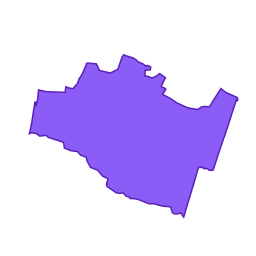 outline of Svitenes pag., Rundales, Latvia, rotated 287°
{"feature_id": "27541924B70987770554483", "entity_name": "Svitenes pag.", "entity_type": "district", "adm_level": 2, "iso_a3": "LVA", "parent_name": "Latvia", "parent_adm1": "Rundales", "projection": "albers", "projection_center": [23.936, 56.379], "detail": "fine", "context": "isolated", "style": "filled", "palette": "violet", "viewbox_px": 256, "rotation_deg": 287, "n_neighbors": 0, "source": "geoboundaries", "source_scale": "gbopen_adm2", "svg_char_len": 5362}
<svg xmlns="http://www.w3.org/2000/svg" viewBox="0 0 256 256"><g transform="rotate(287 128 128)"><path d="M189.1,223.6L189.1,223.4L189.3,221.8L190.3,214.3L190.3,213.9L190.7,210.9L191.2,209.6L192.9,205.3L192.0,205.1L190.8,204.7L188.1,204.0L179.3,201.5L176.0,200.7L175.7,200.6L173.9,200.3L172.8,200.2L172.6,200.1L172.4,199.8L172.2,199.3L171.9,198.4L171.4,196.7L170.9,194.6L170.1,193.0L169.1,191.7L166.1,189.3L165.9,188.8L165.8,187.2L165.6,185.3L165.2,183.0L165.0,181.4L165.0,181.2L164.9,179.5L164.8,179.4L164.8,179.0L164.9,178.5L164.9,178.4L164.9,178.2L164.9,177.8L164.9,177.6L165.1,176.4L166.2,168.2L166.4,167.0L166.5,166.7L166.6,166.2L166.7,165.9L166.8,165.7L166.9,165.3L167.0,165.1L167.1,164.9L167.2,164.6L167.3,164.2L167.4,163.9L167.5,163.5L167.7,162.8L168.0,161.9L168.3,161.0L168.6,159.9L168.7,159.5L168.9,158.3L169.5,155.4L169.7,154.1L170.0,152.9L170.1,152.5L170.1,152.0L170.2,151.6L170.2,151.2L170.6,151.3L174.1,152.3L176.0,152.9L176.8,152.0L176.8,151.9L176.9,150.7L176.9,149.8L177.0,149.1L177.3,147.7L177.9,147.7L182.9,148.4L183.0,148.4L186.5,149.0L186.9,149.1L187.0,148.9L187.2,148.7L187.3,148.5L187.5,147.9L188.5,144.8L189.0,143.2L189.2,142.5L189.3,142.4L186.4,140.2L185.2,139.3L182.8,136.1L183.1,133.6L183.0,128.9L188.2,127.5L188.5,128.2L188.8,129.0L189.2,129.9L189.8,131.4L190.1,132.2L190.1,132.3L190.4,132.3L191.4,132.1L192.8,131.9L193.0,131.9L193.1,131.7L193.5,128.2L192.3,127.0L192.9,125.7L193.5,124.6L193.5,124.3L193.6,123.8L194.1,120.2L194.4,117.7L194.5,117.6L194.7,117.1L195.3,116.3L195.5,116.0L195.6,115.7L195.8,114.9L196.1,113.9L196.5,112.4L196.5,112.0L196.5,111.1L196.5,110.2L196.5,108.4L196.5,105.2L196.5,104.9L196.6,104.5L196.7,103.8L196.8,102.9L196.9,102.7L196.1,102.3L195.3,102.0L194.9,101.8L194.4,101.7L193.6,101.6L191.5,101.5L190.4,101.5L189.6,101.4L187.8,101.4L186.2,101.4L185.7,101.3L185.4,101.3L184.4,101.3L182.6,101.2L181.3,101.1L180.6,100.5L180.4,100.3L176.2,95.9L175.9,95.7L175.7,95.5L175.5,95.2L175.4,95.0L175.4,94.7L175.2,91.6L174.9,87.5L174.7,84.1L174.8,83.9L174.9,83.7L178.4,80.6L179.5,79.5L180.1,79.0L179.2,74.6L178.3,70.4L178.2,70.2L177.6,69.7L177.0,69.3L176.9,69.4L176.5,69.7L175.1,69.5L168.2,68.7L166.1,68.4L163.0,67.6L162.7,67.5L162.1,67.4L161.0,66.8L159.1,66.8L157.7,66.8L157.2,66.7L156.4,66.6L155.9,66.7L155.7,66.6L155.3,66.5L153.8,65.7L153.2,65.4L149.7,64.0L149.6,63.9L149.1,60.8L149.0,60.2L149.3,56.6L149.2,56.5L146.4,57.0L146.2,57.0L145.5,57.1L145.3,57.2L144.0,57.4L143.7,57.5L143.4,56.4L142.8,54.0L141.6,49.6L140.0,43.6L139.2,40.3L138.9,39.3L138.2,31.3L137.8,31.5L137.5,31.6L136.4,31.7L136.2,31.7L135.3,31.9L134.6,32.1L134.4,32.1L132.0,32.6L130.9,32.9L129.5,33.1L128.3,33.3L127.8,33.3L126.1,33.1L123.5,33.7L122.5,33.8L122.5,33.6L122.7,33.3L123.0,33.0L123.3,32.9L123.7,33.0L124.0,33.0L124.3,32.9L124.8,32.5L125.5,32.2L125.6,31.7L125.5,31.4L122.1,31.9L119.3,32.3L117.1,32.6L114.2,33.0L113.0,33.2L110.5,33.6L110.4,33.6L110.1,33.6L109.2,33.8L108.6,33.8L106.5,34.2L105.5,34.3L104.5,34.4L102.7,34.6L101.8,34.7L99.9,34.9L99.3,34.9L99.0,34.9L98.2,35.0L97.1,35.1L95.6,35.2L94.5,35.2L93.7,35.3L95.3,37.4L95.7,40.6L95.8,41.4L95.8,41.7L95.8,42.0L95.8,42.5L95.1,44.0L94.7,44.9L94.5,45.6L94.5,46.1L94.8,46.8L96.0,49.6L96.7,51.0L96.9,51.5L97.0,51.9L97.0,52.0L96.5,52.9L95.8,54.1L95.7,56.7L95.6,60.8L95.6,63.3L95.5,67.3L95.4,68.9L95.4,70.0L95.3,70.3L95.2,70.5L93.7,71.4L92.7,71.9L91.0,72.6L90.2,73.0L90.0,74.6L89.8,76.5L89.7,79.0L89.6,79.7L89.7,80.3L89.7,80.6L89.8,81.3L90.0,82.6L90.6,86.0L90.6,86.8L89.5,88.5L88.2,90.6L88.0,94.2L87.8,96.4L87.8,96.5L87.2,96.9L86.6,97.3L85.3,98.0L84.4,98.6L83.3,99.6L81.9,101.1L80.8,102.2L80.0,103.0L79.6,103.4L79.5,103.6L79.4,103.9L79.3,104.6L79.2,106.2L78.8,111.2L78.7,111.4L74.7,117.6L74.4,118.5L73.8,122.4L73.8,122.6L73.6,123.3L73.2,123.7L72.9,123.8L68.2,123.8L67.7,123.9L67.4,124.0L67.1,124.2L66.5,124.8L65.8,125.3L65.5,126.5L63.0,134.5L62.6,136.1L62.8,137.2L63.1,139.1L63.2,139.5L63.3,139.7L63.9,141.0L64.3,141.8L64.4,142.0L64.4,142.4L64.3,142.6L62.5,146.0L62.2,146.3L62.2,146.5L62.2,146.9L62.2,147.2L62.3,147.8L62.4,148.1L62.4,148.5L62.3,148.8L62.3,149.0L61.9,149.7L61.4,150.4L61.3,150.7L61.3,150.9L61.3,151.1L61.3,151.3L61.4,151.6L61.6,152.2L61.9,153.5L62.2,155.0L62.5,156.4L62.5,157.0L62.6,158.1L62.6,158.7L62.6,158.9L62.5,159.5L62.5,160.4L62.4,161.7L62.3,162.9L62.2,163.6L62.2,164.4L61.9,167.0L61.9,167.4L61.9,167.9L61.8,169.3L61.7,170.2L61.7,170.5L61.7,170.8L61.8,171.1L62.0,171.7L62.4,172.7L62.8,173.8L63.1,175.0L63.3,182.5L63.4,183.9L64.4,188.6L65.0,191.6L64.5,192.1L60.1,195.2L59.9,195.3L59.5,197.3L59.5,197.8L60.1,199.8L60.3,200.2L61.9,203.5L62.0,203.9L61.7,204.3L60.5,205.4L60.0,205.9L59.1,207.3L61.5,207.3L63.1,207.3L70.2,207.2L71.5,207.2L83.4,207.2L91.1,207.1L91.4,207.2L94.9,207.2L95.3,207.1L103.6,207.0L109.8,206.9L110.0,206.9L110.1,207.1L110.6,207.4L111.4,207.9L111.5,208.1L111.6,208.5L111.5,209.0L111.6,209.5L111.7,209.8L112.2,210.2L112.3,210.4L112.4,210.8L112.4,211.1L112.0,211.4L111.6,211.6L111.4,211.9L111.4,212.0L111.7,212.7L111.7,213.0L111.5,213.5L111.9,214.3L112.2,214.8L112.2,215.2L112.2,215.6L112.0,216.9L111.7,217.3L111.5,217.6L111.6,218.5L111.7,220.0L112.6,221.6L112.8,221.7L120.2,221.9L127.6,222.0L138.8,222.3L146.7,222.5L146.8,222.5L147.0,222.6L147.3,222.7L151.6,222.8L151.9,222.7L166.9,223.1L167.4,223.1L172.9,223.1L175.7,223.2L178.6,223.3L186.1,223.5L186.3,224.7L187.6,224.7L187.8,223.6L189.1,223.6Z" fill="#8b5cf6" stroke="#5b21b6" stroke-width="1.5"/></g></svg>